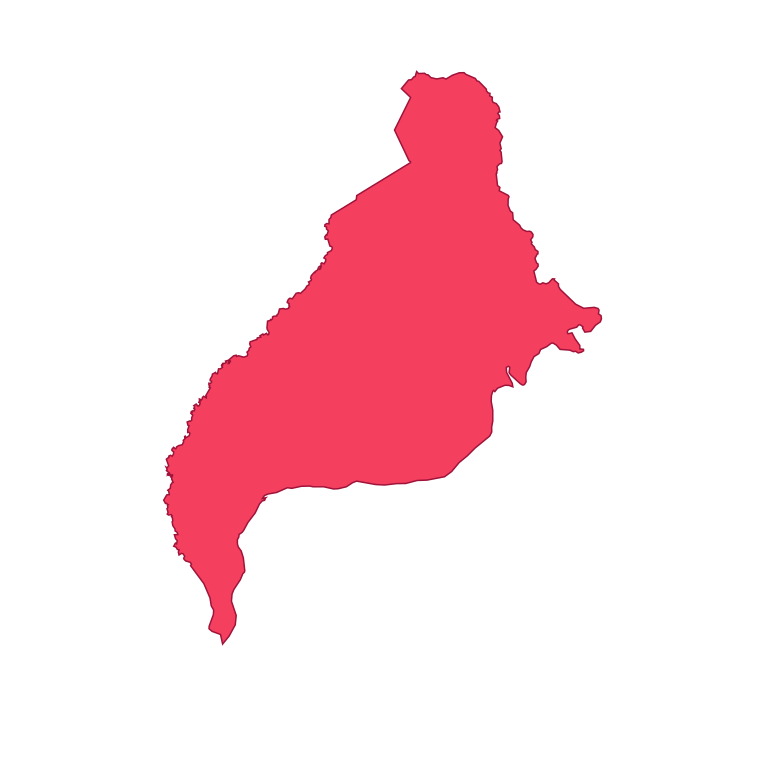 Monte Caseros, Corrientes, Argentina, rotated 33°
{"feature_id": "61730980B11613530457142", "entity_name": "Monte Caseros", "entity_type": "district", "adm_level": 2, "iso_a3": "ARG", "parent_name": "Argentina", "parent_adm1": "Corrientes", "projection": "robinson", "projection_center": [-57.85, -30.275], "detail": "fine", "context": "isolated", "style": "filled", "palette": "rose", "viewbox_px": 768, "rotation_deg": 33, "n_neighbors": 0, "source": "geoboundaries", "source_scale": "gbopen_adm2", "svg_char_len": 6133}
<svg xmlns="http://www.w3.org/2000/svg" viewBox="0 0 768 768"><g transform="rotate(33 384 384)"><path d="M240.4,481.8L240.9,490.9L241.7,490.9L242.5,492.4L239.4,492.6L239.0,494.1L239.6,495.3L239.4,497.8L238.2,496.9L237.3,497.1L238.4,498.5L238.7,500.3L240.2,500.0L240.8,502.3L240.2,503.9L237.4,503.1L236.3,505.7L237.3,505.8L237.9,508.2L239.1,508.1L239.4,509.9L237.8,511.0L238.5,512.3L237.5,512.4L238.0,513.8L240.6,514.3L241.1,517.1L242.4,519.0L242.0,520.6L241.1,520.9L239.6,523.1L242.0,525.4L243.3,525.3L244.2,529.1L245.8,531.6L246.9,530.7L248.0,531.0L248.8,533.4L247.2,536.8L245.6,536.0L245.5,536.8L246.9,538.4L246.3,540.6L247.4,541.5L247.9,544.8L245.4,547.4L244.3,549.7L244.7,551.5L244.1,552.1L242.1,551.6L241.9,552.2L241.7,554.3L242.4,555.3L244.5,555.4L245.6,557.4L245.7,559.9L243.7,560.1L242.8,561.7L243.5,562.5L242.4,565.6L248.0,569.9L247.7,572.4L246.6,572.4L248.7,573.8L248.7,575.1L252.5,575.6L251.3,577.3L251.9,578.3L252.3,577.1L252.9,577.9L253.8,577.6L253.5,576.4L254.9,576.4L256.1,575.4L256.6,576.2L255.0,577.2L256.2,578.2L256.9,577.8L257.7,579.4L260.7,581.3L260.1,581.9L260.0,584.7L261.6,588.0L260.5,590.9L261.7,591.1L264.2,593.7L262.2,595.3L262.5,601.4L265.8,603.2L266.5,602.6L268.6,602.8L268.1,603.3L270.0,605.3L269.9,606.8L272.9,609.3L273.0,611.1L274.6,611.3L276.8,609.4L278.2,610.1L277.9,610.8L279.3,611.4L281.4,613.8L281.4,615.0L284.0,617.8L287.7,619.4L288.8,621.0L291.2,621.0L293.1,622.6L290.3,624.6L293.5,627.3L295.9,628.0L297.1,631.0L295.7,631.1L296.0,634.6L298.3,634.1L300.9,635.3L302.4,634.7L303.1,637.0L305.2,639.0L306.5,636.3L308.0,635.8L310.7,637.1L310.9,639.2L311.9,640.0L314.1,640.4L318.5,639.1L320.6,639.9L320.7,641.7L341.6,649.5L354.6,658.2L359.9,664.1L364.3,666.4L366.5,670.4L369.3,682.4L370.6,684.6L374.6,685.1L383.3,683.1L390.3,690.0L391.4,679.7L390.4,666.9L386.1,658.6L374.4,649.3L370.9,642.8L370.0,638.0L370.1,626.4L368.9,619.9L369.4,617.9L369.0,616.5L360.8,606.5L355.3,601.9L350.5,600.0L348.2,598.0L345.8,594.4L345.6,591.5L344.4,589.1L345.8,585.7L346.0,583.2L345.3,574.2L346.2,562.2L344.9,552.4L345.5,548.5L347.2,546.6L347.0,545.4L346.4,545.6L346.8,543.8L344.4,546.2L344.5,542.6L346.8,539.3L353.0,533.5L359.5,523.6L363.5,521.7L370.5,514.7L377.4,510.0L380.4,508.9L389.5,503.0L398.9,499.5L402.6,496.8L408.4,490.7L411.4,483.9L413.9,480.4L431.7,472.9L439.5,468.4L448.8,460.7L456.4,455.6L464.4,446.8L472.5,441.1L485.3,428.8L488.4,420.6L489.8,408.9L493.0,398.8L495.3,388.0L501.0,370.1L500.5,365.6L497.7,361.4L495.4,355.8L489.4,346.6L483.3,340.1L480.4,335.2L479.2,330.9L479.4,329.7L481.1,330.0L481.5,325.7L486.1,319.2L489.6,317.1L493.6,316.2L491.1,313.5L480.6,307.6L477.7,303.8L478.0,302.3L478.8,301.4L480.4,301.5L482.7,306.3L485.5,307.4L497.9,309.5L500.5,309.5L501.5,308.9L502.1,307.8L502.0,304.8L499.2,301.1L497.1,297.0L496.7,290.1L495.4,285.2L494.9,279.3L497.3,274.1L496.5,269.8L500.2,263.9L502.1,258.6L503.5,257.6L507.5,257.5L512.8,259.1L521.4,254.4L525.1,253.8L526.9,252.2L530.0,252.2L532.2,249.8L533.3,247.4L532.4,246.3L529.2,247.9L527.2,245.0L519.8,242.1L513.8,238.7L511.0,241.6L509.7,241.0L509.0,239.0L509.9,236.8L514.7,231.4L515.0,228.8L516.1,227.5L519.7,227.7L520.1,229.0L524.2,231.1L528.7,227.3L529.4,219.6L531.6,214.0L530.8,210.8L528.8,208.5L525.6,208.3L524.1,204.9L522.4,204.1L518.6,205.2L510.3,211.7L501.2,212.7L480.3,208.7L477.3,207.2L475.8,205.0L470.0,204.1L469.8,203.0L467.9,204.1L467.0,209.4L465.3,211.8L462.1,212.6L460.8,215.0L459.8,215.6L456.6,215.6L448.1,207.6L449.0,205.3L449.1,201.1L447.7,199.4L446.1,199.4L442.2,196.5L441.7,191.6L442.2,191.0L440.9,189.0L437.7,188.9L435.4,187.2L431.2,186.2L431.0,184.6L428.5,183.3L428.7,179.6L427.5,177.4L424.8,176.3L423.0,176.5L420.6,178.3L416.6,179.0L413.7,178.4L411.2,176.9L402.9,175.9L398.6,170.3L395.7,170.1L390.8,166.7L387.5,161.4L386.8,158.8L385.3,158.2L375.4,159.2L374.1,156.0L371.1,155.7L363.6,146.6L363.8,145.5L363.0,144.9L362.5,142.4L360.3,140.1L361.0,136.5L362.4,135.0L361.9,133.2L355.9,125.7L354.0,125.0L354.1,122.8L350.0,118.9L348.8,112.1L342.1,108.9L337.6,108.5L336.1,103.6L336.1,101.5L334.6,101.5L334.6,100.6L336.4,98.3L334.5,96.0L332.1,95.2L332.2,93.3L333.1,92.6L329.3,89.1L325.5,87.7L322.0,88.4L320.0,86.9L318.7,84.5L315.7,84.8L314.6,82.5L312.8,83.1L310.5,82.5L309.2,81.0L298.7,78.6L296.8,79.2L294.2,78.0L284.1,79.7L281.6,79.3L277.7,81.9L273.1,87.9L269.9,94.5L266.7,95.0L262.1,99.4L256.5,101.5L252.5,100.7L251.0,101.5L248.8,101.3L243.9,104.8L241.2,104.2L242.7,109.1L241.7,110.3L241.3,113.8L239.0,115.7L237.7,126.8L250.3,129.2L254.5,165.3L283.4,183.1L285.1,183.1L285.6,184.0L258.5,240.8L260.4,244.6L247.8,271.0L248.7,273.2L248.3,276.0L250.6,279.6L248.6,280.6L247.7,282.5L248.4,284.0L250.2,283.6L251.3,285.3L253.9,285.9L255.0,290.2L254.3,290.3L254.2,292.9L256.0,294.6L258.0,293.1L263.5,297.8L265.3,297.3L266.6,298.0L267.2,300.7L265.0,304.6L266.0,306.1L264.9,308.2L264.9,311.0L267.1,311.0L268.1,312.8L268.3,315.8L265.9,316.2L265.5,317.2L267.2,319.6L266.2,319.9L265.8,320.8L267.7,321.1L267.9,322.1L267.5,322.9L265.7,322.4L266.2,324.6L265.0,327.2L265.4,328.1L264.7,328.4L264.0,332.7L264.9,335.3L266.2,335.8L266.5,336.9L265.1,339.6L266.5,340.2L267.0,342.1L266.0,343.5L266.1,347.4L264.6,353.5L262.7,353.9L260.9,355.8L260.7,362.4L258.4,363.3L257.7,364.9L258.1,367.8L258.5,368.4L260.6,368.2L261.4,369.8L262.8,370.6L262.3,371.6L262.7,372.6L260.8,374.8L258.4,375.5L255.5,378.0L257.0,382.6L256.6,384.6L257.0,385.3L254.3,387.6L254.0,388.5L254.9,390.0L254.5,391.8L253.8,391.7L253.8,392.8L252.1,394.7L255.1,400.4L256.2,401.7L259.6,403.4L260.2,405.2L259.8,406.1L257.8,405.5L256.4,408.4L255.2,408.0L253.7,411.1L255.1,411.8L252.6,414.4L253.2,415.8L248.8,421.4L249.5,423.5L252.1,425.4L251.5,427.4L252.3,429.5L251.7,431.9L253.4,433.0L254.0,434.9L251.9,437.8L246.5,439.6L245.3,441.2L244.3,440.4L242.5,442.3L240.8,448.1L242.8,448.5L242.9,451.2L242.2,451.7L241.8,449.8L240.4,449.0L238.6,451.1L239.8,451.7L239.5,453.0L237.5,454.6L238.3,455.4L238.4,456.3L237.5,456.3L237.7,457.1L239.5,458.0L238.5,460.5L237.0,461.4L238.8,466.1L237.5,466.6L236.4,466.0L234.7,469.2L235.5,471.1L235.6,474.5L236.4,475.9L237.8,475.6L238.4,476.4L238.1,478.1L236.7,478.7L237.7,480.2L238.8,480.3L239.0,481.9L240.4,481.8Z" fill="#f43f5e" stroke="#9f1239" stroke-width="1.5"/></g></svg>